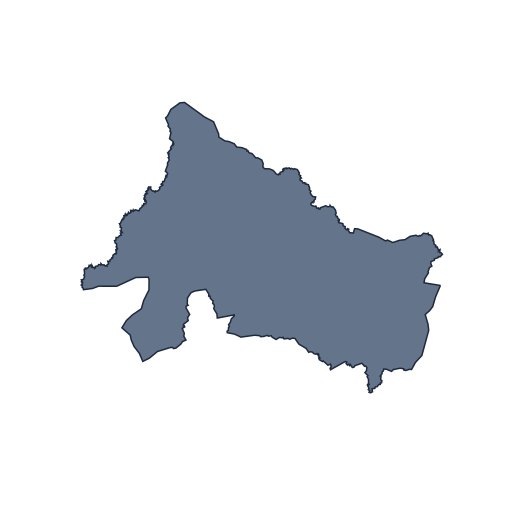 the district of Kut Chum, Yasothon, Thailand, rotated 337°
{"feature_id": "78962969B41263158681984", "entity_name": "Kut Chum", "entity_type": "district", "adm_level": 2, "iso_a3": "THA", "parent_name": "Thailand", "parent_adm1": "Yasothon", "projection": "orthographic", "projection_center": [104.274, 16.063], "detail": "fine", "context": "isolated", "style": "filled", "palette": "slate", "viewbox_px": 512, "rotation_deg": 337, "n_neighbors": 0, "source": "geoboundaries", "source_scale": "gbopen_adm2", "svg_char_len": 6142}
<svg xmlns="http://www.w3.org/2000/svg" viewBox="0 0 512 512"><g transform="rotate(337 256 256)"><path d="M250.2,86.7L245.7,85.3L234.9,87.8L229.2,92.6L226.7,93.6L226.8,101.0L225.7,102.1L226.8,105.6L225.5,107.5L226.1,109.0L222.2,114.3L224.6,118.6L223.5,119.5L224.0,120.2L223.0,120.7L223.6,121.1L222.3,122.0L221.2,121.6L219.6,123.1L220.1,124.1L215.1,126.5L215.9,127.3L215.6,128.1L215.1,127.6L214.6,131.1L213.7,131.1L213.7,133.8L210.7,135.9L210.4,137.5L205.7,142.5L206.9,145.4L205.5,147.0L204.7,146.6L203.9,147.6L204.6,148.4L202.8,148.9L200.7,151.5L199.1,151.0L198.8,152.2L196.7,152.8L197.9,154.3L194.0,155.1L193.7,156.6L192.1,157.4L190.1,157.8L188.9,156.8L187.9,157.7L187.3,156.1L186.4,156.0L185.5,154.5L185.3,152.7L186.1,151.4L184.3,150.5L183.3,151.2L183.6,152.2L182.7,152.1L182.9,153.1L181.1,153.2L180.9,154.1L179.9,153.7L180.0,155.1L178.7,155.5L179.8,156.1L176.8,156.8L177.0,158.4L175.5,158.9L175.1,160.1L175.8,160.4L175.2,161.8L175.9,161.5L175.6,162.3L176.4,162.8L175.0,164.8L173.1,164.0L172.2,165.7L171.1,165.0L169.9,166.6L167.8,166.9L165.9,168.7L162.9,166.2L160.9,166.9L160.9,165.8L160.4,166.4L158.6,166.1L159.1,165.4L158.4,165.0L157.8,167.0L156.2,167.3L155.7,165.9L154.4,167.4L153.3,167.0L153.2,168.2L151.7,168.1L151.9,166.5L150.9,167.6L150.1,167.3L149.5,169.5L148.2,169.3L147.8,170.6L146.9,170.2L143.7,173.1L142.9,172.9L143.0,175.4L142.2,176.2L143.2,177.3L141.7,180.0L141.9,181.4L141.2,180.6L141.4,182.0L140.1,182.0L140.2,184.2L138.2,184.0L136.0,185.1L134.5,184.3L133.2,186.6L131.1,186.6L132.0,186.9L131.4,188.9L132.4,190.0L131.7,192.4L130.8,192.9L131.4,194.9L129.4,195.4L129.3,196.1L130.1,196.1L128.6,197.6L128.8,198.7L127.9,199.4L127.0,198.7L124.6,199.4L123.9,201.0L122.7,201.2L122.9,202.0L120.2,202.4L119.3,203.9L117.5,202.9L117.3,205.5L114.7,206.2L114.7,207.0L112.7,205.6L112.8,204.8L110.9,204.1L110.3,202.3L109.6,203.5L107.8,202.4L106.4,203.3L104.0,202.8L103.5,204.1L102.6,204.4L102.4,203.4L100.6,202.3L101.4,201.9L101.3,200.4L100.7,201.5L100.1,199.7L99.0,200.2L98.7,199.5L97.4,201.0L94.8,201.5L94.7,200.6L93.9,200.5L93.7,201.3L92.6,201.2L91.2,205.6L90.0,206.4L90.3,207.7L88.2,210.1L85.9,209.7L86.0,211.6L85.2,211.7L86.0,212.9L83.8,214.4L84.8,215.1L83.7,216.7L84.4,218.5L84.0,219.6L92.8,222.0L99.3,222.3L115.9,229.4L136.9,228.8L148.5,233.4L148.4,235.8L144.2,245.4L135.2,253.1L129.8,259.8L119.3,261.9L111.6,264.7L104.5,269.7L109.3,279.7L108.4,284.3L108.4,291.5L110.6,300.2L110.6,308.8L117.8,308.4L128.0,305.4L141.6,306.8L143.6,307.7L143.9,309.0L146.2,309.5L152.2,307.8L154.9,306.1L158.7,306.0L158.2,301.6L159.8,299.2L159.8,293.8L162.7,293.4L162.7,292.2L161.8,291.8L162.8,290.5L168.4,289.0L168.8,286.1L172.1,283.9L171.3,276.2L172.2,274.9L174.3,274.8L173.9,273.5L176.5,267.9L181.8,264.4L186.0,264.3L196.8,267.1L197.7,272.7L197.1,273.8L197.7,274.6L197.0,274.9L197.9,275.7L197.4,277.3L198.9,280.7L197.6,282.7L198.3,284.3L198.0,286.2L196.5,287.9L197.4,294.0L196.1,298.0L213.0,301.7L212.5,302.7L208.7,304.2L206.5,307.0L203.9,308.5L203.9,310.5L202.6,311.2L201.6,313.5L200.0,313.9L199.6,315.4L205.6,319.4L210.5,324.8L223.8,328.4L228.1,330.7L228.8,332.1L231.7,333.1L235.4,333.4L236.0,334.6L238.9,335.4L239.1,337.0L241.9,340.7L245.9,340.1L248.1,341.6L249.1,341.4L249.4,343.3L253.3,344.4L254.6,345.9L256.9,345.7L259.6,347.0L261.1,354.0L266.0,360.6L266.9,365.3L268.5,365.3L270.3,366.5L271.1,368.5L272.9,369.9L274.2,369.7L274.3,370.9L275.0,370.5L275.3,371.4L274.4,372.6L275.0,374.8L273.9,374.5L273.8,376.2L275.9,379.1L276.8,378.8L279.6,384.7L282.3,384.6L282.1,387.0L280.3,388.4L280.1,389.8L296.9,388.0L298.2,389.1L296.9,390.1L297.6,392.2L298.9,391.8L299.4,393.4L300.3,392.5L301.1,396.3L302.8,396.6L304.2,395.6L311.6,396.1L312.8,399.9L313.8,400.0L314.5,401.9L312.8,404.8L310.7,405.9L312.3,409.9L311.2,410.4L311.3,413.6L309.5,417.8L310.0,418.3L308.7,418.9L308.8,417.8L308.1,418.2L308.3,421.8L307.1,422.9L308.0,424.4L306.8,425.7L308.2,426.7L310.2,426.5L310.9,423.6L313.7,424.3L314.4,423.2L316.7,423.6L318.6,422.3L320.2,422.8L320.8,421.5L322.0,421.8L323.2,419.9L322.4,418.6L324.1,415.5L323.5,415.0L325.9,413.7L327.0,411.9L328.4,411.6L329.3,410.0L331.7,411.1L335.7,415.2L338.1,414.2L344.8,415.6L348.0,417.6L347.5,418.7L349.1,419.9L353.2,420.3L354.8,421.3L361.1,416.3L369.8,412.4L386.0,391.8L387.7,385.8L388.9,376.0L394.8,374.0L398.9,371.6L405.3,363.8L413.8,355.6L413.8,354.9L400.2,346.3L402.4,342.9L408.1,338.9L408.2,337.7L411.2,334.4L413.9,334.1L414.0,330.9L415.1,329.5L418.5,329.6L419.2,328.3L422.8,328.7L423.8,327.8L425.0,328.7L428.3,327.3L427.6,325.3L426.5,324.5L427.8,322.2L425.9,322.7L426.8,321.4L426.1,320.5L426.5,318.6L424.9,317.7L425.7,316.5L424.5,314.7L425.4,312.0L424.9,311.1L425.7,310.6L425.6,306.1L424.3,304.3L423.1,304.1L423.3,302.2L422.1,302.4L419.1,300.5L415.5,301.8L414.5,301.0L412.9,301.3L411.4,299.4L405.5,298.1L399.6,299.2L394.2,297.6L387.3,297.1L383.2,292.7L381.1,292.7L376.4,286.6L360.3,270.8L357.4,269.4L354.6,272.9L351.3,271.1L351.0,268.5L351.9,267.6L351.1,266.6L349.8,267.4L348.8,265.4L349.6,263.7L348.1,262.4L348.6,260.1L345.1,257.5L345.9,256.6L345.5,255.8L346.5,255.9L347.0,255.0L346.1,253.5L346.3,251.4L345.4,251.2L345.4,248.5L346.5,248.0L347.1,244.8L346.1,240.8L344.5,240.4L344.0,238.3L343.4,239.1L341.5,238.9L339.8,237.0L333.9,236.7L333.4,237.8L332.3,237.4L332.1,236.1L330.7,235.9L330.6,233.4L329.2,233.2L326.7,230.8L326.9,229.3L328.8,228.3L329.2,229.1L329.6,228.4L330.6,228.8L330.8,227.6L332.8,226.8L334.0,224.9L331.5,223.5L330.7,220.7L330.7,218.7L331.9,217.8L331.0,215.7L331.9,214.6L332.1,210.8L330.2,209.4L330.2,208.4L329.4,208.7L329.1,207.3L327.8,207.1L327.6,204.9L326.3,203.7L326.8,202.0L328.2,202.0L327.6,199.8L328.4,199.5L327.3,197.6L328.4,196.5L327.8,192.6L325.3,190.5L324.5,191.0L322.8,189.1L321.6,189.3L320.9,187.8L318.1,187.6L318.4,186.9L315.7,186.3L315.0,186.5L315.3,187.5L314.3,187.2L314.1,188.7L310.8,188.5L310.1,190.0L309.3,189.3L308.4,190.1L306.8,188.6L305.3,184.0L302.5,181.1L297.8,178.9L297.2,176.5L298.7,173.8L298.8,169.9L296.0,166.3L294.1,165.6L292.4,160.2L289.9,158.2L289.8,156.1L288.7,155.8L289.1,154.4L285.2,150.6L280.9,148.3L279.8,144.1L275.6,139.9L272.5,138.1L269.0,133.1L268.3,131.8L269.3,129.2L269.4,115.9L262.9,107.9L250.2,86.7Z" fill="#64748b" stroke="#1e293b" stroke-width="1.5"/></g></svg>